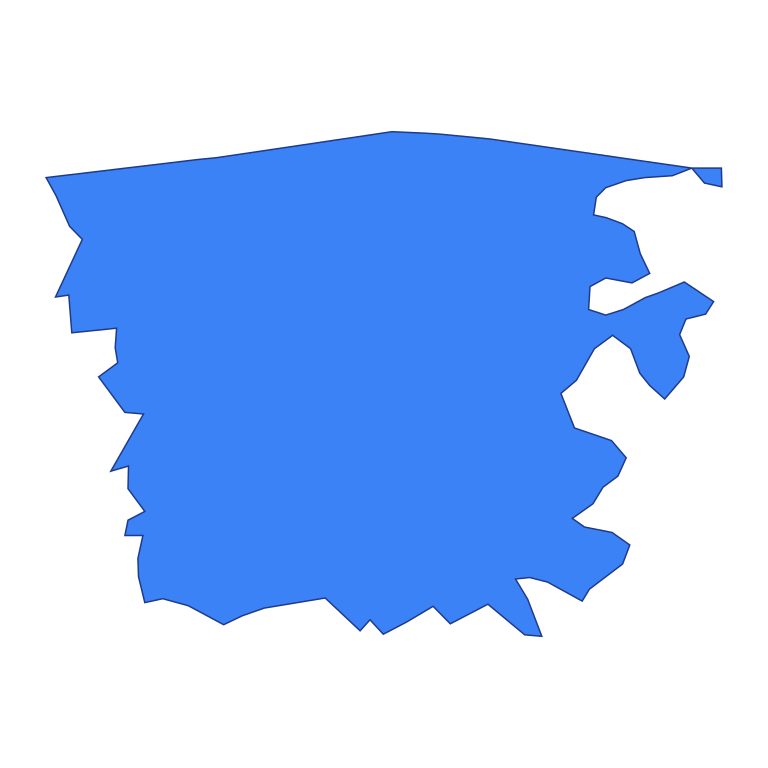 Santa Lúcia, Paraná, Brazil
{"feature_id": "56859067B61888752211446", "entity_name": "Santa Lúcia", "entity_type": "district", "adm_level": 2, "iso_a3": "BRA", "parent_name": "Brazil", "parent_adm1": "Paraná", "projection": "mercator", "projection_center": [-53.534, -25.393], "detail": "fine", "context": "isolated", "style": "filled", "palette": "blue", "viewbox_px": 768, "rotation_deg": 0, "n_neighbors": 0, "source": "geoboundaries", "source_scale": "gbopen_adm2", "svg_char_len": 1349}
<svg xmlns="http://www.w3.org/2000/svg" viewBox="0 0 768 768"><path d="M691.8,168.1L490.1,139.0L439.5,134.1L425.4,133.2L391.9,131.7L216.5,157.7L198.0,159.5L46.1,177.6L56.0,195.6L69.6,226.3L82.3,239.4L55.5,297.0L68.8,295.1L71.8,332.8L116.6,328.2L115.2,347.8L117.7,362.8L98.6,376.9L124.9,412.4L143.5,414.0L110.8,471.2L128.5,466.0L128.0,488.7L144.8,511.4L128.0,520.2L124.9,535.5L142.9,535.5L137.9,558.5L138.5,576.6L144.8,602.6L162.8,598.7L188.3,605.7L223.7,624.7L242.2,615.8L264.1,608.1L325.2,598.0L360.1,630.8L370.0,619.8L383.3,634.2L406.3,622.2L433.1,606.3L450.3,623.8L487.9,604.2L524.7,634.8L541.8,636.3L527.7,599.3L515.5,579.0L529.7,577.5L547.6,582.1L582.2,601.1L589.4,589.2L622.6,564.0L629.8,545.0L612.1,532.5L584.4,527.0L572.3,518.4L593.0,503.7L603.0,487.2L617.9,476.1L626.2,457.8L611.5,440.6L574.5,428.0L560.9,393.4L576.4,380.3L594.4,348.7L612.6,335.3L630.6,348.7L639.8,373.2L649.7,385.5L664.7,399.0L683.7,376.9L689.3,356.4L679.6,334.6L686.0,319.0L705.6,314.1L713.6,301.6L684.3,282.0L658.3,293.0L645.3,297.6L623.4,309.5L605.7,315.1L588.6,309.5L590.0,286.6L605.7,278.0L632.0,282.9L649.7,273.4L640.3,253.8L634.2,231.5L622.6,223.8L606.3,217.7L593.6,214.9L596.3,197.2L605.7,187.7L626.2,180.6L644.7,177.6L672.4,175.7L691.8,168.1ZM721.4,168.1L691.8,168.1L704.5,183.1L721.9,186.8L721.4,168.1Z" fill="#3b82f6" stroke="#1e3a8a" stroke-width="1.5"/></svg>